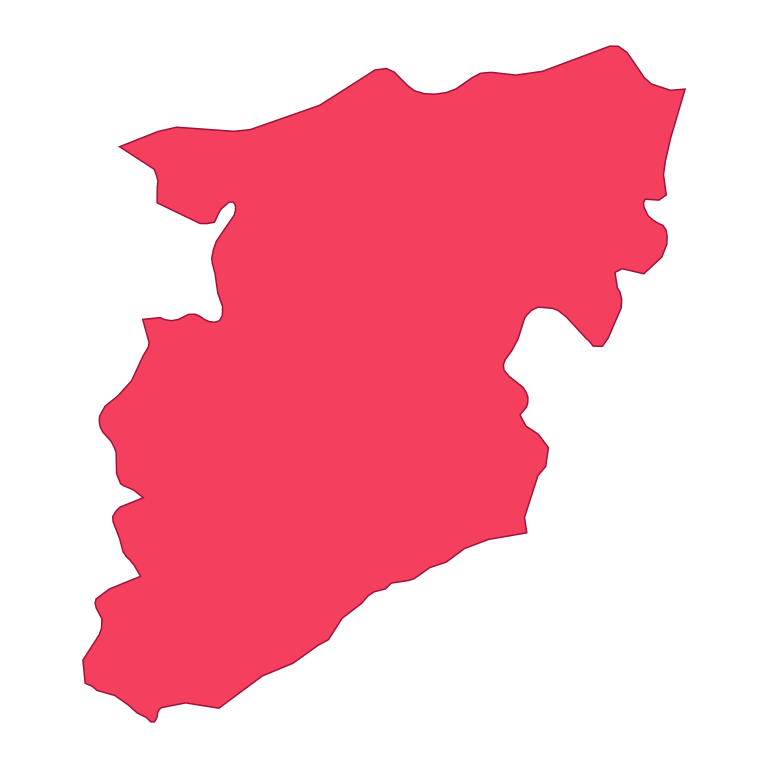 Viseu, Mercator projection
{"feature_id": "PRT-755", "entity_name": "Viseu", "entity_type": "District", "adm_level": 1, "iso_a3": "PRT", "parent_name": "Portugal", "parent_adm1": "", "projection": "mercator", "projection_center": [-7.901, 40.768], "detail": "fine", "context": "isolated", "style": "filled", "palette": "rose", "viewbox_px": 768, "rotation_deg": 0, "n_neighbors": 0, "source": "natural_earth", "source_scale": "10m", "svg_char_len": 2389}
<svg xmlns="http://www.w3.org/2000/svg" viewBox="0 0 768 768"><path d="M515.9,75.1L542.5,71.3L609.9,46.1L618.4,46.3L627.1,52.5L644.2,77.5L651.4,84.0L670.5,90.3L685.1,89.1L670.6,138.2L665.5,160.4L663.5,174.7L666.3,194.9L659.0,200.1L645.2,199.2L643.5,202.7L643.9,206.9L648.0,215.6L652.9,220.0L658.2,223.3L662.9,225.4L666.0,230.0L667.1,235.9L666.9,244.0L661.8,257.1L643.8,273.8L622.0,268.7L615.0,272.5L617.4,287.9L620.0,292.2L621.7,299.6L621.2,307.9L608.1,338.2L602.3,346.4L593.1,346.1L589.0,340.9L585.7,338.0L566.5,317.1L558.0,310.4L552.2,308.3L538.1,307.1L531.4,310.4L527.0,314.9L524.5,318.3L518.1,338.8L511.7,350.8L505.2,359.7L503.4,364.6L504.0,370.2L508.8,376.1L523.2,387.5L526.1,392.2L527.9,397.2L527.8,402.7L526.6,406.9L520.0,414.9L525.9,426.0L538.5,434.4L548.4,447.7L545.7,466.4L537.9,475.7L524.5,517.4L526.8,532.8L488.6,539.4L464.5,548.5L446.4,562.0L429.6,567.7L414.3,578.6L408.4,580.5L391.3,583.1L385.6,588.8L373.9,591.9L367.9,596.0L361.5,603.4L342.1,618.3L328.4,639.7L318.2,645.2L293.2,663.1L262.2,676.0L218.9,708.2L185.7,702.9L161.5,707.6L159.0,709.8L157.6,713.0L157.2,716.6L155.8,719.8L154.3,721.9L150.8,721.9L146.3,717.4L137.2,713.0L128.3,705.0L114.9,695.5L97.2,690.5L91.7,686.0L85.2,683.3L82.9,660.2L99.2,634.8L101.5,628.5L101.9,618.7L96.3,608.2L95.1,603.2L96.0,599.0L109.3,589.0L140.6,576.3L133.9,564.9L130.2,560.3L126.3,556.6L123.1,551.8L119.5,538.2L113.1,521.8L112.7,516.6L116.1,511.0L120.0,507.1L143.2,497.7L133.6,490.0L123.4,485.6L120.6,483.7L116.6,473.6L116.1,452.5L114.2,447.2L110.8,440.9L102.9,432.2L100.4,427.5L99.4,422.8L99.3,419.3L99.6,416.1L105.0,406.3L118.2,395.6L131.6,380.7L143.2,355.7L148.4,346.9L149.1,342.6L142.7,319.4L160.2,317.6L164.8,319.7L171.5,320.7L178.3,319.5L188.5,314.4L195.2,314.2L200.0,316.3L204.5,319.5L209.3,321.6L214.5,322.2L219.4,320.8L222.3,315.6L222.6,306.7L217.8,293.1L215.0,273.6L212.4,263.5L211.7,258.4L213.4,249.6L216.3,241.3L234.3,215.0L235.3,211.1L235.5,210.0L235.6,208.1L235.2,204.9L233.3,202.2L229.3,201.9L221.7,208.5L220.1,210.6L218.6,213.3L214.5,222.2L207.0,223.6L200.0,223.5L157.1,202.8L157.3,186.3L158.0,181.2L156.0,173.9L154.1,169.2L119.5,146.7L157.9,131.5L176.6,127.2L233.6,131.3L249.9,129.7L319.6,105.3L344.8,89.3L374.9,70.0L386.3,68.5L394.1,72.0L407.4,85.4L414.5,90.8L424.3,93.7L435.2,94.2L446.1,92.6L455.7,89.1L472.1,77.7L480.5,73.3L490.4,72.4L491.8,72.4L515.9,75.1Z" fill="#f43f5e" stroke="#9f1239" stroke-width="1.5"/></svg>